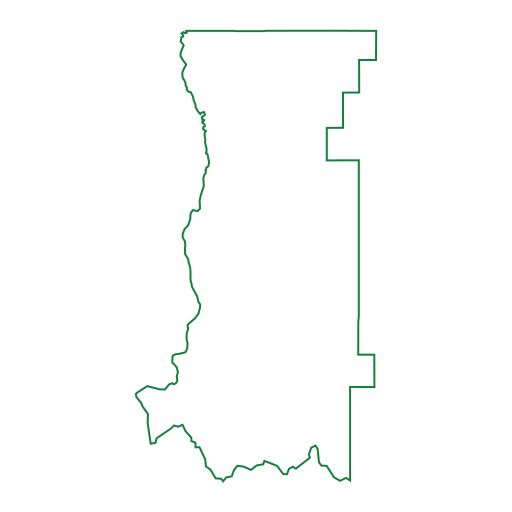 the district of Stevens, Washington, United States of America
{"feature_id": "52423323B13893996833484", "entity_name": "Stevens", "entity_type": "district", "adm_level": 2, "iso_a3": "USA", "parent_name": "United States of America", "parent_adm1": "Washington", "projection": "mercator", "projection_center": [-118.088, 48.397], "detail": "fine", "context": "isolated", "style": "outline", "palette": "green", "viewbox_px": 512, "rotation_deg": 0, "n_neighbors": 0, "source": "geoboundaries", "source_scale": "gbopen_adm2", "svg_char_len": 2858}
<svg xmlns="http://www.w3.org/2000/svg" viewBox="0 0 512 512"><path d="M150.7,443.7L155.4,442.9L156.6,438.3L170.7,428.7L174.1,425.5L178.2,426.7L182.5,424.8L185.5,431.1L191.3,437.7L191.4,441.1L195.4,442.6L195.5,447.3L199.5,447.2L205.2,459.3L205.9,466.4L210.5,469.7L215.7,478.4L221.1,478.7L223.1,481.3L226.2,477.4L231.7,476.4L234.0,469.9L237.5,465.8L243.5,466.6L251.0,469.9L256.6,465.5L263.2,464.3L264.4,460.9L276.9,465.8L279.4,468.9L283.1,473.9L286.9,474.3L288.9,469.0L292.7,466.7L295.9,468.6L309.9,457.7L308.9,454.4L311.2,447.7L315.4,445.6L317.6,448.8L319.0,462.4L321.4,465.6L326.6,465.8L334.0,477.3L340.1,480.8L346.1,477.9L350.1,480.5L350.1,386.9L374.4,387.1L374.3,354.7L358.2,354.7L358.3,321.8L358.8,316.3L358.8,160.3L326.8,160.4L326.8,127.9L343.0,127.8L343.0,92.6L359.2,92.5L359.1,60.0L376.0,60.0L376.2,30.9L332.3,30.7L265.7,30.8L263.7,31.1L234.8,31.1L234.6,30.9L186.2,30.9L186.7,32.6L184.9,33.2L183.6,32.2L181.6,33.4L182.8,34.7L183.1,36.5L181.5,37.1L180.6,41.6L182.0,43.0L183.7,45.4L182.9,47.3L181.3,50.9L180.4,54.3L180.8,56.8L183.5,61.0L185.2,63.1L186.1,64.3L185.5,65.9L184.0,68.5L182.4,72.5L182.4,75.0L182.8,78.2L184.2,80.0L185.5,82.8L185.7,85.5L187.1,88.0L186.7,89.8L188.9,92.0L190.7,92.2L192.9,96.4L193.7,100.3L195.4,104.3L195.6,107.1L197.3,110.3L199.0,112.7L200.4,114.1L201.4,112.7L204.0,112.1L204.3,112.8L204.9,114.6L204.0,115.7L201.9,117.0L201.9,118.3L202.3,119.3L203.3,119.5L203.5,119.4L204.0,120.0L204.1,120.5L203.3,121.2L202.5,121.2L202.2,122.6L203.2,123.3L204.2,124.1L204.7,125.0L204.8,126.2L203.6,126.9L203.0,128.2L203.6,129.6L204.6,130.1L205.9,131.0L204.7,132.6L204.6,135.7L205.3,139.6L205.1,142.8L206.5,148.5L206.5,151.3L206.0,152.5L206.2,153.5L207.1,153.6L208.0,156.2L208.3,158.4L209.1,161.9L208.4,166.2L206.3,167.7L206.0,169.8L205.4,170.4L205.7,171.0L205.8,171.7L205.6,173.2L204.3,174.9L203.4,178.1L203.6,182.6L203.8,186.2L202.4,190.1L200.7,195.7L199.6,201.0L199.9,205.6L200.0,208.6L197.6,211.1L195.2,210.6L192.9,210.1L190.8,212.9L190.4,215.3L190.3,219.0L189.3,221.7L188.4,224.8L186.9,226.8L184.7,228.9L182.7,233.7L182.7,237.6L184.9,241.2L185.3,245.4L184.9,249.1L185.1,254.0L186.6,256.6L188.1,259.2L188.8,262.8L190.1,267.3L190.5,271.6L190.5,276.3L190.6,280.5L191.4,283.1L192.0,286.8L193.8,290.2L195.0,292.3L197.2,296.4L198.3,301.5L200.2,304.6L199.9,308.4L199.3,310.2L199.1,311.2L198.4,313.7L195.3,318.0L191.9,321.0L188.9,323.7L187.7,324.8L187.6,326.6L188.2,328.5L186.8,333.2L186.5,338.2L187.5,343.4L187.3,348.3L185.4,352.3L179.3,353.8L175.0,354.4L172.7,355.7L172.3,359.5L172.4,362.9L174.1,364.2L176.8,367.5L177.9,372.4L176.8,376.1L177.3,380.8L175.9,383.3L173.6,384.3L172.3,383.2L169.1,384.4L164.9,389.5L159.5,389.3L147.3,386.1L142.2,389.4L140.2,390.7L137.3,392.5L135.8,394.0L136.5,397.1L138.2,399.3L140.4,402.0L141.4,403.3L142.6,406.6L147.9,413.9L147.7,423.3L150.0,439.2L150.7,443.7Z" fill="none" stroke="#15803d" stroke-width="2"/></svg>